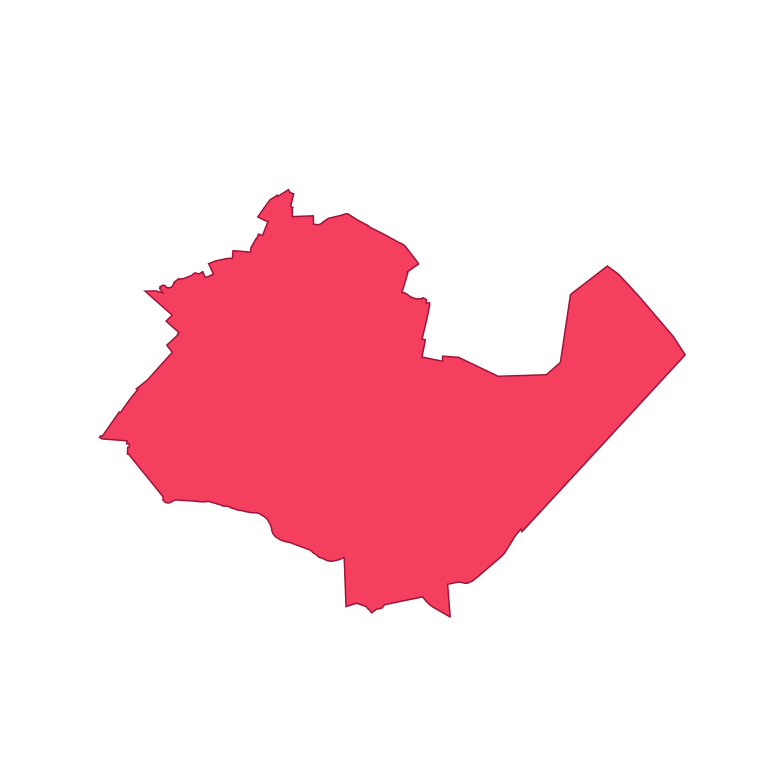 Oldambt, Groningen, Netherlands (Albers equal-area conic projection), rotated 51°
{"feature_id": "6326949B72784129724607", "entity_name": "Oldambt", "entity_type": "district", "adm_level": 2, "iso_a3": "NLD", "parent_name": "Netherlands", "parent_adm1": "Groningen", "projection": "albers", "projection_center": [7.028, 53.222], "detail": "fine", "context": "isolated", "style": "filled", "palette": "rose", "viewbox_px": 768, "rotation_deg": 51, "n_neighbors": 0, "source": "geoboundaries", "source_scale": "gbopen_adm2", "svg_char_len": 5990}
<svg xmlns="http://www.w3.org/2000/svg" viewBox="0 0 768 768"><g transform="rotate(51 384 384)"><path d="M335.1,628.9L336.1,628.6L338.1,628.5L338.6,628.4L339.0,628.1L340.4,626.8L340.6,626.6L340.9,626.2L341.3,625.6L341.4,625.4L341.6,624.9L341.7,623.9L342.0,622.7L342.1,621.4L342.2,620.9L342.7,619.6L343.0,618.9L343.1,618.7L343.9,617.8L346.2,615.4L346.9,614.7L348.0,613.5L349.5,611.9L350.8,610.3L354.1,606.7L359.0,601.8L360.9,599.7L362.5,597.7L363.0,597.3L363.1,597.1L363.5,596.4L363.9,595.3L364.1,594.9L364.6,594.3L364.8,594.1L365.9,593.5L368.5,591.8L369.6,590.8L371.1,589.8L372.9,588.8L373.8,587.8L374.4,587.4L375.2,587.0L376.9,586.2L377.8,585.6L378.1,585.4L378.4,585.0L379.2,583.9L379.6,583.5L380.7,582.6L382.1,581.6L382.6,581.3L382.8,581.1L384.6,580.5L385.4,579.9L386.5,579.1L388.3,578.0L388.8,577.7L391.8,575.4L392.0,575.2L392.5,574.4L392.8,574.2L393.3,573.8L394.5,573.0L395.4,572.4L397.5,570.7L399.8,568.7L400.8,567.8L402.1,566.2L403.2,565.0L404.8,563.4L405.8,562.7L406.3,562.5L406.9,562.2L408.2,561.8L409.9,561.1L411.0,560.7L412.5,560.4L414.5,560.0L415.9,559.9L417.2,560.0L419.1,560.4L420.6,560.7L422.2,561.0L422.8,561.2L424.2,561.8L425.7,562.5L427.4,563.4L428.4,563.8L429.4,564.2L431.0,564.5L431.5,564.5L433.6,564.5L434.4,564.5L434.7,564.4L435.3,564.3L436.3,563.8L438.4,563.2L439.4,562.8L440.4,562.3L441.5,561.7L442.7,561.0L443.7,560.4L444.5,559.8L445.3,559.1L446.5,558.0L447.2,557.4L466.8,545.8L467.7,545.6L468.8,545.5L470.4,545.3L471.0,545.1L471.9,544.8L474.3,544.1L475.7,543.8L477.0,543.7L477.7,543.5L478.4,543.1L479.9,542.1L481.1,541.3L483.2,540.3L484.4,539.9L485.3,539.4L485.9,539.0L487.5,537.6L488.7,536.2L489.3,535.4L490.8,532.6L491.7,530.7L492.1,529.8L492.6,528.2L492.9,527.3L493.6,524.6L493.8,524.2L502.7,530.8L533.1,553.6L533.5,552.5L534.0,551.2L535.0,548.7L536.1,545.6L536.3,545.2L536.7,544.9L536.8,544.7L537.1,543.2L537.3,542.9L537.5,543.0L537.7,542.8L538.9,542.3L539.1,542.1L539.7,541.5L540.4,541.2L541.6,540.5L543.1,539.6L545.1,538.3L545.8,537.9L546.2,537.9L547.8,538.1L548.1,538.1L548.5,538.0L549.6,537.6L554.1,537.6L554.1,536.5L554.1,536.1L554.2,535.5L554.2,532.0L554.9,530.6L555.8,528.8L555.9,528.6L556.6,527.2L556.7,526.8L556.8,526.6L556.8,526.2L556.7,525.9L556.1,523.8L556.0,523.3L556.0,523.1L556.1,522.7L556.3,521.7L556.5,521.3L565.2,504.4L569.1,496.9L569.4,496.3L571.2,493.0L572.3,490.8L573.8,487.9L576.8,488.0L577.9,488.0L579.9,487.9L580.9,487.8L583.0,487.6L584.0,487.4L586.0,487.0L588.0,486.4L589.9,485.7L606.5,479.3L606.3,478.9L579.7,460.6L584.4,451.4L586.0,449.4L589.9,446.4L591.4,444.4L592.8,439.2L592.8,431.9L591.9,400.4L591.2,396.4L584.8,378.1L583.0,370.0L582.8,369.2L583.7,369.2L584.8,369.5L585.6,369.7L585.4,368.3L585.2,366.7L567.4,244.6L550.9,131.6L529.2,129.3L475.7,130.7L446.4,132.6L432.9,136.2L431.8,182.7L478.2,233.3L479.0,252.0L449.8,290.5L409.9,309.4L409.3,310.1L409.2,310.4L400.2,319.9L399.3,320.7L400.6,322.3L400.9,322.5L403.2,324.2L386.9,337.5L375.8,324.1L375.7,324.1L375.4,324.2L374.3,325.2L373.3,325.9L373.0,326.1L360.3,309.6L359.9,309.1L359.7,308.9L356.9,305.4L351.4,298.8L349.9,297.8L349.6,297.5L347.4,300.3L345.3,297.9L344.7,298.2L342.9,298.7L342.3,299.1L341.2,299.8L341.7,300.8L339.6,303.1L339.5,303.3L339.2,303.9L338.9,304.4L338.2,305.4L337.6,306.0L337.4,305.8L336.3,306.6L335.8,306.9L334.6,307.6L333.0,308.5L331.7,308.8L330.8,309.1L328.6,309.6L328.0,309.8L326.3,310.5L325.9,310.8L325.7,311.0L325.3,311.4L324.3,312.6L312.6,295.5L311.6,295.7L312.5,281.5L308.6,281.2L291.1,280.8L289.9,280.9L289.1,281.0L288.2,281.2L287.2,281.6L281.1,284.3L277.3,285.8L273.9,287.4L272.6,287.7L264.1,291.3L262.3,292.3L260.0,293.2L255.5,295.3L251.5,297.0L251.3,297.1L251.1,296.6L239.6,301.5L229.3,304.9L228.9,305.1L228.4,305.6L228.1,306.1L227.1,307.9L225.6,311.9L220.3,322.9L220.2,323.4L220.2,324.1L220.0,326.9L219.7,328.6L219.7,329.2L219.9,330.3L219.8,332.0L219.6,333.0L219.2,334.2L219.0,334.6L218.6,335.0L218.1,335.6L215.6,338.2L208.8,333.1L196.3,349.8L189.2,344.4L189.3,343.9L187.1,344.7L179.4,334.5L179.0,334.8L176.4,336.3L176.3,336.6L175.9,336.5L175.6,336.5L175.1,336.2L174.9,336.2L173.7,336.1L172.9,335.9L171.3,348.4L170.0,348.2L170.0,348.5L169.9,350.7L169.1,356.7L171.6,366.0L174.7,376.9L178.2,375.5L183.0,373.1L183.7,372.7L184.7,371.8L192.2,385.1L188.5,387.2L191.0,391.6L190.5,391.9L194.1,401.0L194.1,401.3L197.5,405.1L195.2,407.1L185.4,417.4L191.0,422.8L189.8,424.1L189.5,424.4L187.9,426.7L186.6,429.1L186.4,429.6L182.4,437.3L180.2,444.6L180.3,444.6L191.6,447.5L190.8,449.3L190.5,450.1L190.3,450.8L190.2,451.4L190.0,452.9L189.8,453.5L189.7,453.8L189.5,454.1L188.8,455.1L188.6,455.7L188.2,455.8L183.5,454.4L183.5,454.5L182.7,454.1L182.5,454.6L182.2,457.6L182.1,458.3L182.0,458.5L181.9,458.7L181.6,459.0L179.6,460.1L179.2,460.4L178.9,461.0L178.8,461.3L178.6,461.7L178.5,462.2L178.5,463.1L178.5,463.8L178.6,464.2L178.7,464.9L176.0,473.4L173.5,477.2L173.5,477.3L173.0,477.3L172.8,483.2L173.5,483.2L173.8,484.7L175.0,487.2L175.0,487.4L175.0,487.8L174.2,490.1L173.3,491.5L172.8,491.7L171.5,492.3L171.4,492.3L170.0,492.2L169.3,492.5L168.4,493.2L168.2,493.4L168.2,493.5L167.5,496.5L167.8,496.4L167.8,496.5L168.0,496.6L168.2,497.1L168.2,497.4L168.2,497.5L168.6,498.3L169.0,498.4L169.9,498.2L170.5,498.1L170.8,498.2L170.6,498.3L171.2,498.3L172.1,498.5L173.8,498.6L171.6,500.1L170.9,500.6L171.0,500.6L168.7,502.3L167.5,503.4L162.5,510.0L161.5,511.2L168.4,510.1L197.2,505.3L197.4,506.8L197.8,511.9L197.9,512.8L198.0,513.8L214.5,511.1L215.0,511.1L215.1,511.4L215.1,512.6L215.2,512.9L215.2,513.0L215.4,513.1L216.1,513.1L216.2,515.0L216.4,517.5L217.1,528.3L218.2,528.4L226.1,528.6L231.0,559.2L232.0,565.0L231.9,579.5L233.1,578.9L233.5,579.6L233.6,579.8L233.8,580.4L233.7,580.4L235.2,588.0L237.6,597.1L240.3,606.4L240.3,606.6L240.4,607.0L239.1,607.4L247.3,635.8L247.3,636.0L247.2,636.1L246.0,636.6L246.5,638.7L249.2,637.6L249.4,637.5L266.4,619.5L266.5,619.7L266.8,619.9L268.6,621.6L270.2,619.7L272.9,622.0L271.9,623.1L276.9,627.4L277.2,626.6L298.8,626.7L303.0,626.6L306.6,626.6L332.7,626.7L335.1,628.9Z" fill="#f43f5e" stroke="#9f1239" stroke-width="1.5"/></g></svg>